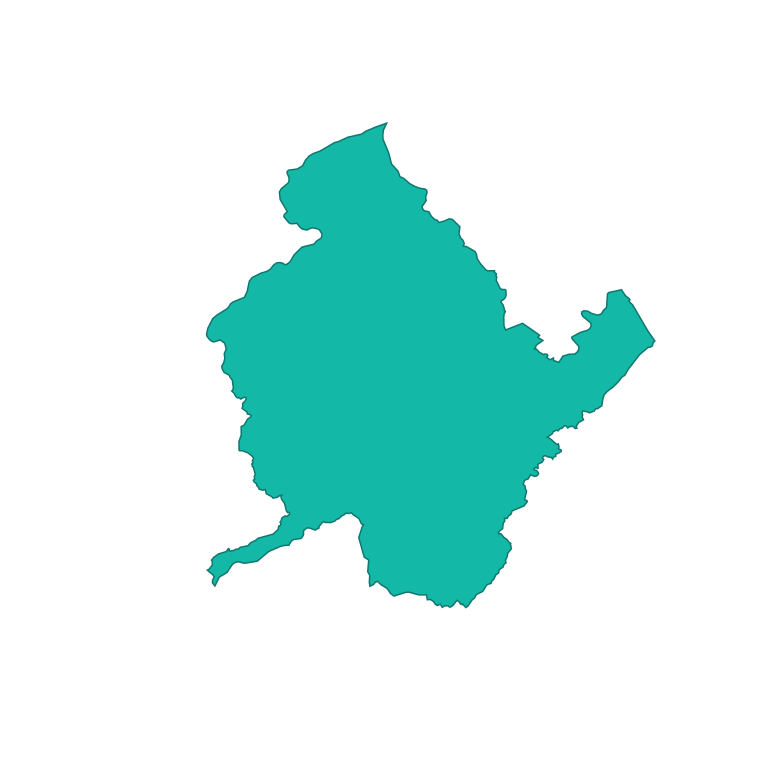 the district of Mueang Chiang Mai, Chiang Mai, Thailand, rotated 57°
{"feature_id": "78962969B21056677706601", "entity_name": "Mueang Chiang Mai", "entity_type": "district", "adm_level": 2, "iso_a3": "THA", "parent_name": "Thailand", "parent_adm1": "Chiang Mai", "projection": "robinson", "projection_center": [98.982, 18.787], "detail": "fine", "context": "isolated", "style": "filled", "palette": "teal", "viewbox_px": 768, "rotation_deg": 57, "n_neighbors": 0, "source": "geoboundaries", "source_scale": "gbopen_adm2", "svg_char_len": 6170}
<svg xmlns="http://www.w3.org/2000/svg" viewBox="0 0 768 768"><g transform="rotate(57 384 384)"><path d="M461.3,635.8L456.2,627.1L456.6,618.3L453.1,610.3L452.4,606.9L453.5,603.3L457.8,599.2L459.1,597.1L463.6,586.8L461.7,571.8L463.8,559.3L465.1,555.5L467.4,551.6L465.3,547.5L465.3,544.2L468.3,538.0L468.1,536.4L466.7,533.7L463.2,531.3L462.7,527.2L463.9,525.2L469.1,521.2L469.0,518.4L469.6,517.4L468.0,515.9L466.5,510.8L466.9,509.3L467.9,509.0L471.2,504.2L472.2,499.9L471.6,497.1L472.4,495.6L471.6,491.3L472.0,488.6L471.5,486.5L473.6,483.8L474.2,481.5L476.8,481.1L483.0,478.3L489.0,479.1L490.8,477.8L491.7,479.8L499.0,488.8L518.4,494.9L523.3,492.7L532.6,499.9L536.7,500.2L542.6,504.5L546.0,506.0L546.4,501.7L545.6,499.6L545.9,496.9L550.5,495.9L557.5,492.6L563.1,492.7L567.2,491.2L570.7,478.9L572.2,476.4L579.9,469.6L584.1,463.2L588.5,465.2L590.0,462.4L593.6,460.9L596.1,461.0L598.7,460.1L599.5,456.7L603.0,456.8L603.2,453.9L604.0,452.4L604.9,451.1L606.6,450.7L607.3,449.6L607.2,446.5L605.1,440.7L608.0,439.5L610.3,439.7L610.6,438.5L611.7,438.6L611.9,437.7L616.0,437.2L616.0,434.7L613.1,427.7L612.8,424.6L610.9,421.4L611.7,414.2L608.8,407.9L608.5,406.4L609.5,402.8L608.1,401.2L607.5,398.2L605.0,394.2L604.9,390.8L602.6,388.7L602.3,383.6L600.6,381.6L600.5,379.1L597.9,378.1L595.8,374.6L593.3,372.4L591.7,367.2L588.2,365.4L587.3,365.6L586.7,364.5L584.4,365.4L581.6,365.5L578.2,366.9L573.4,367.5L572.1,369.3L571.1,369.2L570.1,366.4L570.0,363.4L565.9,360.0L564.6,357.3L562.2,356.1L563.8,354.1L562.5,351.5L562.5,348.7L560.2,345.6L562.5,333.0L560.7,328.0L559.8,327.6L557.6,329.1L551.6,322.8L548.8,322.5L546.4,321.2L544.1,321.9L541.7,319.1L541.4,317.3L542.1,314.9L540.0,310.6L543.7,307.8L544.3,306.0L543.9,304.2L543.4,303.2L541.9,302.9L539.5,303.2L538.1,304.8L536.8,304.3L536.6,301.9L538.4,301.3L538.5,300.5L535.4,299.0L535.1,296.9L535.8,294.6L534.5,291.2L532.0,291.1L531.3,290.0L532.0,287.6L534.2,286.5L536.6,283.7L538.9,283.4L537.7,282.0L538.2,279.4L536.2,278.0L537.0,276.1L537.1,272.0L535.6,271.4L533.5,273.0L532.1,271.5L529.2,270.4L528.8,272.1L520.0,274.5L517.6,276.2L517.4,269.8L516.2,268.3L516.5,265.0L518.2,263.2L517.2,261.2L518.1,258.9L517.2,255.6L518.1,254.1L521.0,253.8L520.8,251.7L522.1,249.0L523.8,248.0L525.3,248.1L526.1,246.3L524.0,245.6L522.3,241.4L522.7,236.2L519.8,235.8L517.7,234.0L515.9,233.6L515.0,232.2L517.5,229.1L520.1,227.4L521.2,222.5L520.0,219.9L521.0,218.4L520.9,213.2L515.5,208.4L512.9,205.1L511.8,200.8L511.3,193.9L510.1,187.6L507.7,180.3L507.9,177.5L504.6,171.0L498.5,153.4L497.2,142.6L498.1,140.5L498.2,138.1L496.0,135.8L495.4,133.4L483.1,133.8L453.0,132.4L449.3,133.3L447.6,133.2L447.5,132.1L446.1,131.8L441.4,133.4L434.3,133.5L429.6,146.0L430.3,147.6L440.3,155.1L441.4,156.8L441.5,159.1L443.5,163.6L442.6,167.4L437.8,171.5L433.9,173.4L431.4,176.6L431.3,178.8L432.7,180.1L435.8,180.4L445.4,177.4L447.8,178.5L448.8,179.8L449.6,181.3L449.8,183.9L447.7,191.1L446.9,200.7L447.6,201.5L449.3,201.6L458.3,200.1L460.6,201.4L462.2,203.7L462.9,207.4L459.7,213.0L458.1,218.8L461.1,225.6L456.6,229.0L454.5,227.7L454.1,231.6L450.2,233.2L449.5,231.1L448.0,231.0L446.4,232.8L446.3,234.1L441.7,236.5L438.4,237.0L436.6,238.6L436.7,237.4L435.1,236.4L434.4,234.7L434.0,227.0L428.8,229.5L427.8,226.9L408.6,234.7L404.9,252.7L400.2,251.5L392.8,246.9L391.0,245.5L389.2,242.6L388.1,242.8L383.0,241.1L379.0,241.2L378.1,240.1L378.3,237.6L377.6,235.2L375.8,233.0L371.6,230.7L370.8,230.9L368.7,233.9L367.0,234.5L358.1,233.4L355.6,231.1L354.3,231.2L352.7,229.7L350.6,230.5L349.2,229.6L345.7,235.2L343.9,236.4L335.6,237.6L330.0,237.6L325.6,235.8L322.4,235.5L313.6,240.0L311.8,242.5L309.7,240.1L306.3,239.5L303.8,240.1L299.0,239.4L293.4,234.7L283.2,237.0L281.0,239.3L280.2,244.4L278.5,250.0L275.5,250.2L274.1,251.6L269.1,253.0L264.1,252.5L260.6,255.9L258.9,256.3L256.0,255.6L253.0,248.5L250.1,247.5L246.8,243.6L244.7,242.7L242.6,243.6L239.3,247.4L234.8,250.7L229.9,253.3L222.6,255.4L218.7,257.7L213.3,256.3L203.5,257.9L193.5,254.4L178.1,251.5L174.4,249.3L170.6,246.0L166.7,239.7L163.9,251.3L162.1,261.6L162.2,266.8L157.4,279.7L155.8,290.5L154.6,293.9L153.8,310.9L152.3,317.4L152.0,322.4L153.4,327.7L156.6,333.4L156.5,337.8L156.4,339.8L152.8,347.3L152.9,349.3L154.3,350.4L159.3,351.3L162.4,353.4L163.3,355.3L164.2,363.4L166.0,367.2L172.8,370.6L186.7,371.2L187.6,375.3L189.1,376.9L197.2,375.9L199.1,374.6L201.9,369.5L206.8,369.1L209.9,367.9L213.0,364.6L213.3,361.1L214.3,358.6L217.6,355.3L219.6,354.2L224.7,354.3L227.4,357.1L227.4,362.8L228.6,366.4L224.5,378.3L226.7,389.0L230.3,396.1L230.7,400.4L230.1,401.9L227.5,403.2L225.4,405.2L224.0,408.2L224.1,411.7L225.8,416.9L225.7,421.1L224.0,426.9L222.9,436.6L224.4,440.9L232.0,448.5L235.3,453.9L233.0,466.1L233.2,469.1L234.9,472.3L235.4,475.0L235.2,486.7L235.9,492.1L241.2,501.2L245.7,505.8L247.9,506.5L252.5,506.0L255.2,504.7L256.2,503.4L257.8,497.4L263.1,495.4L268.8,497.3L271.6,501.5L275.9,503.6L278.8,506.8L280.8,510.4L282.9,511.4L287.3,511.8L292.3,509.0L294.9,509.5L298.1,509.1L305.2,512.5L306.6,514.1L306.9,515.5L309.8,514.8L313.9,515.1L315.7,514.5L316.9,512.8L318.5,512.5L319.1,508.2L320.4,507.2L321.4,507.6L322.4,509.4L323.3,513.1L325.8,514.6L327.1,516.3L333.1,514.1L334.6,515.0L336.6,513.1L338.2,512.6L339.0,513.7L339.1,517.4L342.3,523.7L341.9,527.0L348.9,531.4L353.3,537.0L360.5,541.6L361.3,541.4L362.8,539.2L367.8,535.5L373.2,533.8L375.3,533.8L376.8,536.3L378.6,536.6L379.1,538.6L380.5,538.5L381.3,539.4L382.9,539.0L389.5,541.1L391.1,543.3L393.2,544.1L393.5,546.0L395.7,546.2L398.3,545.2L399.8,546.0L401.9,545.6L404.2,546.0L407.0,543.6L407.9,541.0L411.9,542.5L417.5,539.4L419.3,539.2L420.8,535.6L420.8,531.9L421.6,530.4L421.9,531.6L424.5,532.6L430.2,532.5L437.2,535.0L439.5,534.8L439.8,533.6L441.1,533.5L441.8,534.2L442.2,537.3L440.7,539.0L440.7,542.4L442.9,545.2L443.2,546.4L445.2,546.5L446.1,548.1L445.9,549.8L448.3,552.0L449.5,558.8L444.8,573.6L445.2,576.2L444.5,582.5L445.5,586.3L442.6,593.6L443.2,595.8L441.9,598.2L441.7,601.0L440.7,602.7L440.6,604.0L439.8,604.8L438.5,603.8L437.5,603.8L437.3,604.3L438.6,607.6L436.4,615.4L436.7,621.3L437.8,624.6L439.2,624.7L442.3,626.5L444.1,631.8L443.9,633.6L450.6,631.5L453.3,631.4L455.1,634.5L457.4,636.2L461.3,635.8Z" fill="#14b8a6" stroke="#0f766e" stroke-width="1.5"/></g></svg>